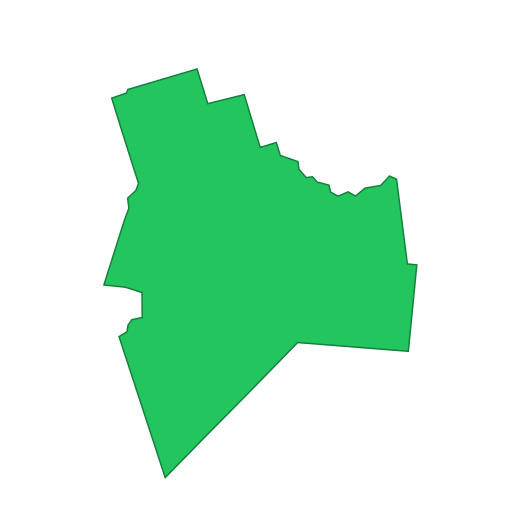 Oneida, New York, United States of America (orthographic projection), rotated 167°
{"feature_id": "52423323B85442507940743", "entity_name": "Oneida", "entity_type": "district", "adm_level": 2, "iso_a3": "USA", "parent_name": "United States of America", "parent_adm1": "New York", "projection": "orthographic", "projection_center": [-75.461, 43.239], "detail": "fine", "context": "isolated", "style": "filled", "palette": "green", "viewbox_px": 512, "rotation_deg": 167, "n_neighbors": 0, "source": "geoboundaries", "source_scale": "gbopen_adm2", "svg_char_len": 769}
<svg xmlns="http://www.w3.org/2000/svg" viewBox="0 0 512 512"><g transform="rotate(167 256 256)"><path d="M151.0,135.8L129.0,128.9L101.3,211.2L110.3,214.2L101.8,299.2L107.9,303.9L118.6,296.7L134.6,297.6L145.6,292.0L151.8,297.8L162.6,295.8L169.0,301.6L168.9,308.6L179.9,314.4L183.1,320.5L189.4,321.1L194.6,330.7L193.9,338.5L209.7,348.5L210.7,362.0L227.4,360.9L228.1,369.9L231.2,415.9L264.0,415.4L268.7,415.2L271.4,451.5L343.4,447.1L345.5,444.0L357.0,442.7L361.1,442.3L358.8,411.2L355.4,368.5L354.1,353.1L358.4,346.8L368.1,341.2L369.1,331.1L376.1,320.6L410.7,262.0L390.4,255.0L375.3,246.0L380.7,221.7L391.3,221.9L396.3,217.3L398.8,211.2L407.6,208.3L394.3,60.5L351.1,88.2L288.2,128.1L234.9,162.3L151.0,135.8Z" fill="#22c55e" stroke="#15803d" stroke-width="1.5"/></g></svg>